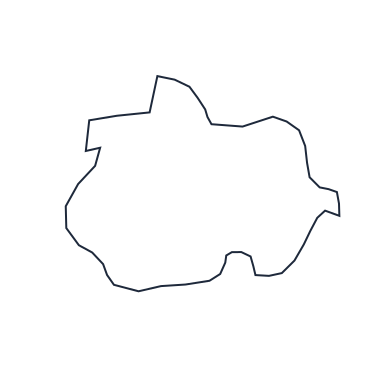 outline of Saatlı, rotated 144°
{"feature_id": "AZE-1713", "entity_name": "Saatlı", "entity_type": "District", "adm_level": 1, "iso_a3": "AZE", "parent_name": "Azerbaijan", "parent_adm1": "", "projection": "robinson", "projection_center": [48.434, 39.807], "detail": "fine", "context": "isolated", "style": "outline", "palette": "slate", "viewbox_px": 384, "rotation_deg": 144, "n_neighbors": 0, "source": "natural_earth", "source_scale": "10m", "svg_char_len": 778}
<svg xmlns="http://www.w3.org/2000/svg" viewBox="0 0 384 384"><g transform="rotate(144 192 192)"><path d="M167.0,73.6L179.0,78.9L189.5,87.5L186.0,95.9L182.5,105.4L187.4,114.4L195.1,119.9L201.6,120.5L206.6,115.3L217.4,109.1L230.0,109.9L251.7,121.0L272.4,134.1L293.6,143.1L309.7,162.8L309.5,174.8L306.3,185.9L308.3,201.7L314.8,215.4L314.9,236.7L302.5,254.7L279.4,265.4L255.0,270.1L240.3,281.8L253.8,287.6L233.0,310.4L207.9,297.8L179.5,281.3L151.9,306.1L140.0,293.1L132.2,278.6L132.1,264.8L132.8,251.0L135.4,243.6L136.4,235.4L112.6,215.2L82.3,205.4L74.0,193.4L69.1,179.0L73.4,162.7L81.7,148.1L88.2,134.8L86.0,120.7L79.8,114.0L74.8,106.8L79.9,96.2L86.8,86.1L95.3,98.7L105.8,97.5L119.1,91.0L132.3,83.9L149.4,76.3L167.0,73.6Z" fill="none" stroke="#1e293b" stroke-width="2"/></g></svg>